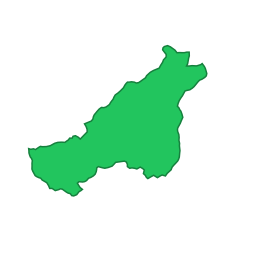 Borebi, São Paulo, Brazil, rotated 222°
{"feature_id": "56859067B22613522920734", "entity_name": "Borebi", "entity_type": "district", "adm_level": 2, "iso_a3": "BRA", "parent_name": "Brazil", "parent_adm1": "São Paulo", "projection": "albers", "projection_center": [-48.988, -22.685], "detail": "fine", "context": "isolated", "style": "filled", "palette": "green", "viewbox_px": 256, "rotation_deg": 222, "n_neighbors": 0, "source": "geoboundaries", "source_scale": "gbopen_adm2", "svg_char_len": 2617}
<svg xmlns="http://www.w3.org/2000/svg" viewBox="0 0 256 256"><g transform="rotate(222 128 128)"><path d="M68.1,117.4L68.5,120.5L68.0,125.8L69.0,128.3L69.1,131.0L69.0,133.6L69.0,136.7L69.5,138.7L70.4,140.7L73.1,144.3L74.2,145.9L77.9,149.2L79.4,151.1L81.9,152.9L83.7,155.2L85.9,157.2L88.4,158.4L90.0,159.7L91.1,161.3L92.3,166.5L93.2,168.9L94.4,172.6L97.2,174.4L100.0,175.9L101.7,176.2L103.8,177.1L105.8,177.2L107.2,179.8L108.3,182.8L108.9,186.2L109.1,188.3L109.7,190.8L110.4,193.7L109.4,195.3L107.6,197.8L106.9,200.5L106.6,202.9L106.7,205.6L106.9,209.0L106.8,211.5L105.7,213.7L104.8,216.9L104.7,219.1L105.9,221.2L108.1,222.6L110.4,224.0L112.4,224.8L116.0,225.5L116.3,223.8L118.6,220.0L122.1,217.2L124.1,214.9L126.0,213.3L126.6,215.5L127.7,217.3L129.7,220.5L130.7,222.6L133.3,225.3L135.0,223.8L136.6,221.6L138.4,220.0L140.1,218.6L142.0,216.7L145.2,217.3L148.0,217.0L150.7,216.7L153.7,215.7L155.5,212.8L155.6,211.0L154.6,209.3L152.0,208.8L148.8,208.2L147.2,206.3L147.2,202.3L146.3,200.1L145.7,196.5L144.9,193.4L147.5,187.9L148.7,184.4L149.2,179.4L148.6,177.0L149.4,173.5L150.0,170.7L150.5,168.8L151.9,167.0L154.0,166.3L156.4,164.6L157.7,163.0L159.1,161.7L159.2,159.8L159.0,157.7L158.3,154.9L158.4,152.5L158.5,150.3L158.9,147.0L159.6,144.1L159.1,141.6L158.3,139.3L158.2,137.3L158.0,135.3L157.5,133.1L157.9,130.9L158.4,128.9L159.6,126.9L161.5,125.5L162.1,122.8L162.1,119.9L161.9,115.3L161.3,113.3L160.1,111.2L159.9,108.7L163.1,102.0L160.2,101.1L157.6,99.7L155.7,97.8L156.1,87.8L158.6,87.9L161.9,87.1L163.3,85.1L162.7,83.1L164.6,81.4L164.3,79.4L164.9,77.0L165.2,75.2L167.9,73.0L170.5,70.4L172.2,67.7L174.0,62.7L176.2,59.6L179.1,56.8L180.8,55.7L181.4,53.8L182.3,50.1L184.3,49.3L186.0,47.1L188.0,46.2L186.3,44.7L184.9,43.2L183.1,42.1L181.2,41.1L179.3,40.8L177.3,39.8L175.7,37.5L174.0,35.7L171.9,33.2L169.7,32.1L167.7,31.4L165.2,30.5L163.5,30.7L160.9,31.5L159.3,32.3L157.1,31.9L154.2,32.5L151.8,33.0L148.4,32.0L145.7,30.7L144.0,32.3L142.0,32.6L140.2,32.8L138.2,35.9L137.5,37.6L135.8,38.6L131.1,39.1L129.1,39.5L126.9,40.6L124.6,40.1L122.9,41.2L121.5,44.1L121.8,47.9L121.1,49.9L120.8,51.9L123.7,51.7L126.4,52.4L128.7,53.1L128.5,55.3L125.6,57.5L124.3,59.2L123.6,61.2L123.7,64.3L122.6,66.3L121.7,69.2L121.5,71.6L122.4,74.3L123.3,75.8L124.6,77.6L124.2,79.5L122.6,80.2L120.1,81.5L118.3,82.6L116.4,85.2L114.3,89.0L114.2,91.2L114.2,94.2L108.5,101.0L106.4,101.6L104.2,100.6L102.6,98.9L99.8,99.2L98.4,101.0L96.1,102.5L94.0,103.5L92.8,107.1L89.9,107.7L87.8,107.7L86.0,104.4L83.5,104.4L81.2,103.6L79.4,103.7L78.4,106.9L77.3,110.0L72.9,110.8L71.9,114.2L71.2,115.9L68.1,117.4Z" fill="#22c55e" stroke="#15803d" stroke-width="1.5"/></g></svg>